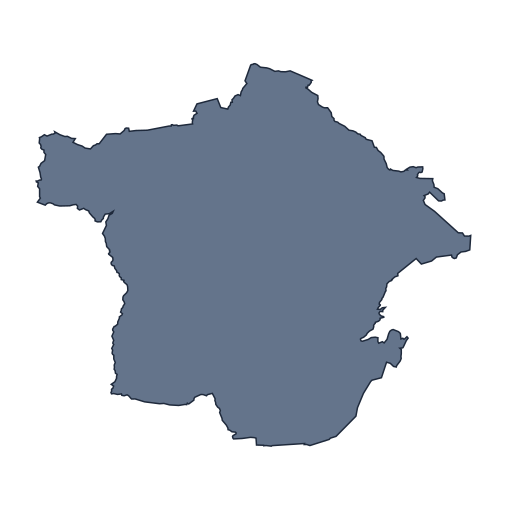 the district of Canesti, Buzau, Romania, rotated 357°
{"feature_id": "2599482B44623248761777", "entity_name": "Canesti", "entity_type": "district", "adm_level": 2, "iso_a3": "ROU", "parent_name": "Romania", "parent_adm1": "Buzau", "projection": "natural_earth1", "projection_center": [26.605, 45.397], "detail": "fine", "context": "isolated", "style": "filled", "palette": "slate", "viewbox_px": 512, "rotation_deg": 357, "n_neighbors": 0, "source": "geoboundaries", "source_scale": "gbopen_adm2", "svg_char_len": 6054}
<svg xmlns="http://www.w3.org/2000/svg" viewBox="0 0 512 512"><g transform="rotate(357 256 256)"><path d="M321.2,83.5L299.8,72.9L295.0,73.6L290.4,73.2L288.1,72.3L284.5,72.6L279.5,69.7L276.6,68.7L270.3,67.7L267.0,64.8L265.1,63.9L263.9,63.9L263.1,64.5L262.2,64.4L260.7,65.0L254.2,80.5L255.9,83.3L251.6,87.9L251.0,89.5L249.8,91.2L248.8,95.0L246.5,93.9L243.4,95.1L241.7,97.4L240.2,98.7L240.4,101.2L238.9,101.2L238.1,104.0L236.3,105.8L235.5,107.8L228.6,105.9L225.5,96.8L205.0,101.0L201.2,108.1L203.4,108.1L204.6,110.4L201.5,112.2L200.9,113.4L200.7,115.5L199.7,115.2L199.2,115.7L199.9,117.0L199.4,119.1L199.6,120.8L185.4,121.9L184.4,121.7L183.9,121.1L180.5,121.2L179.4,120.5L178.4,120.5L178.2,121.7L175.7,121.7L154.0,124.7L142.7,124.4L136.0,124.9L135.5,121.7L133.1,121.4L131.9,121.9L131.0,123.7L126.7,127.0L122.1,126.4L113.1,126.6L105.3,135.7L103.1,135.6L101.6,136.7L99.4,137.3L96.3,140.4L91.0,139.3L88.1,137.1L83.6,135.4L79.2,132.9L81.7,129.3L78.0,128.9L73.9,126.6L71.4,126.7L66.5,124.6L61.5,121.4L61.9,122.7L59.9,123.7L58.5,123.6L53.6,125.3L51.0,123.8L48.0,125.7L45.9,126.4L46.1,127.4L45.4,131.8L46.7,133.4L47.1,135.2L46.7,136.8L47.8,138.2L49.8,139.1L49.7,141.5L51.3,143.6L49.9,149.7L46.2,152.2L44.6,155.1L43.3,155.9L44.7,161.5L45.1,165.8L45.8,167.9L45.2,169.0L44.0,168.8L41.2,169.9L40.5,169.6L40.5,170.4L42.4,171.6L41.6,175.1L43.4,177.5L43.0,185.5L43.7,186.9L40.5,190.8L48.2,194.2L49.7,192.8L51.6,192.1L53.3,192.1L56.2,193.3L57.4,194.4L62.6,195.8L72.7,196.1L76.0,195.3L79.1,195.1L80.5,196.8L80.1,199.1L82.1,200.8L86.5,199.4L88.2,200.8L91.3,202.2L91.8,204.1L95.1,208.4L96.8,210.0L97.3,211.2L97.1,212.5L99.3,213.6L102.8,213.7L104.0,211.8L105.5,210.6L105.7,209.1L107.6,206.3L111.8,206.0L115.8,203.8L114.7,205.9L111.4,207.6L110.0,211.1L107.8,214.1L108.2,217.7L103.9,225.5L105.6,228.1L106.4,230.6L106.4,233.8L107.1,235.4L107.4,238.8L110.1,242.1L109.9,243.2L110.3,243.4L110.3,244.5L108.9,246.0L109.0,246.5L112.8,249.9L113.0,251.9L112.7,253.2L111.1,254.7L110.9,255.6L111.2,256.9L112.1,257.9L113.9,258.5L114.4,261.0L116.0,263.3L116.3,265.1L117.4,265.4L118.6,266.6L118.4,268.5L118.8,269.5L120.2,270.6L120.2,272.5L122.9,273.4L122.5,274.4L123.0,275.4L125.7,277.9L126.2,279.9L126.2,283.8L124.8,286.0L121.7,288.7L121.0,290.1L120.7,292.8L121.9,294.7L122.4,296.8L120.7,299.0L120.3,300.4L118.8,301.8L118.5,303.7L118.0,304.4L117.8,305.0L119.6,306.6L119.1,307.8L116.3,309.7L116.4,310.8L114.5,314.6L114.3,316.8L111.8,318.7L110.6,319.0L109.0,321.6L109.1,322.9L109.9,324.0L109.9,324.6L107.9,328.5L109.5,332.8L108.6,334.8L108.5,335.8L109.3,336.9L107.1,340.7L107.9,342.5L107.2,345.5L107.7,346.7L108.8,347.7L108.6,351.4L109.9,355.0L108.7,357.5L108.8,359.7L108.4,361.7L109.3,363.0L109.5,365.7L111.1,366.9L110.3,369.6L110.5,370.5L108.5,374.2L104.7,376.6L107.0,378.4L106.1,380.6L105.0,381.3L104.7,381.9L104.8,383.4L104.0,384.7L104.5,386.1L106.7,385.9L110.5,387.0L114.4,386.7L114.7,388.1L117.0,388.7L120.0,387.9L121.5,388.9L124.2,392.3L127.8,392.4L137.1,395.8L152.0,398.5L156.3,398.4L162.0,400.2L171.0,401.2L177.4,400.5L179.0,400.8L179.7,399.4L180.8,400.2L181.3,400.1L186.4,396.7L186.6,395.2L187.4,393.9L193.7,391.4L195.9,391.6L199.3,393.0L200.2,391.9L205.2,390.9L207.7,396.4L207.4,398.2L208.0,400.1L208.1,402.1L209.8,404.9L211.5,406.3L212.3,408.5L211.5,410.4L213.6,416.5L213.7,418.3L217.5,423.3L218.9,426.2L219.0,428.0L220.6,428.5L222.8,430.3L226.2,430.8L226.8,431.4L226.8,432.5L223.6,434.2L223.1,435.0L223.4,436.6L224.0,437.5L232.7,437.5L241.1,436.8L244.8,437.3L246.5,437.9L246.6,444.8L253.8,445.4L253.8,445.9L256.2,445.8L261.4,446.7L262.2,446.2L294.7,445.8L294.3,446.8L296.8,446.9L299.9,448.1L319.5,443.0L320.7,441.8L326.5,440.3L347.4,421.2L349.4,412.8L356.1,398.8L363.9,387.4L365.3,386.1L374.9,384.1L380.8,368.9L384.5,370.2L387.6,373.5L390.3,374.2L390.7,372.9L394.5,368.4L395.6,366.0L395.5,363.8L396.0,361.1L396.2,357.0L394.8,355.6L397.7,355.4L398.3,354.7L401.7,348.3L403.6,346.0L402.5,344.5L400.0,346.6L399.2,346.7L398.3,345.8L396.4,346.4L396.1,341.1L395.5,340.1L394.1,338.9L389.1,336.6L387.5,337.0L385.7,338.2L384.4,340.6L382.5,346.1L379.4,349.5L377.7,348.2L374.0,349.5L373.2,347.7L373.5,344.0L370.8,343.3L366.8,343.5L363.7,345.2L357.8,346.7L356.5,346.3L356.0,345.0L356.0,344.3L356.7,343.7L359.2,342.8L362.1,340.6L362.9,339.1L365.4,336.9L369.0,335.2L369.9,332.8L369.8,331.7L370.4,330.5L371.5,329.5L371.7,328.5L374.7,327.6L376.1,326.7L376.6,325.8L376.6,324.7L380.4,323.9L380.3,323.2L378.0,322.5L376.7,321.3L375.9,320.1L375.9,319.2L377.0,317.8L379.6,318.2L379.8,316.7L382.5,314.1L379.4,314.3L377.3,315.8L374.5,315.5L375.5,313.7L377.5,311.8L377.6,311.3L376.5,310.5L376.9,308.8L379.4,306.1L379.5,305.0L380.7,303.8L383.4,298.1L384.0,297.6L383.9,295.2L384.8,293.7L385.3,290.6L387.7,288.4L390.1,287.6L390.8,286.7L390.5,286.5L393.6,284.1L396.7,283.2L396.6,280.8L415.8,266.9L420.7,272.7L431.1,270.2L436.1,266.5L451.3,265.3L451.6,267.2L452.5,268.1L453.9,268.9L455.9,268.4L457.2,265.3L461.0,262.7L465.5,262.4L469.8,261.1L471.5,246.7L469.7,247.3L465.2,247.0L463.4,243.8L459.2,243.4L436.6,220.7L427.5,213.4L426.0,209.2L427.8,206.9L427.9,205.5L427.0,204.5L431.3,203.0L432.7,201.3L441.2,210.5L444.1,210.8L445.7,210.0L447.6,209.9L447.2,203.7L445.4,202.7L441.1,198.3L437.5,196.7L437.4,194.0L436.1,190.2L436.6,188.0L423.7,187.1L420.4,186.0L421.3,185.1L421.7,184.2L421.4,183.4L422.7,181.5L423.5,180.9L425.0,181.3L426.3,180.8L427.2,177.6L427.1,175.7L422.3,175.6L420.5,176.2L417.7,175.0L414.4,175.3L410.9,177.2L411.6,178.0L409.6,178.0L408.1,179.2L405.1,179.6L403.0,178.7L397.1,177.7L394.8,176.2L394.2,177.1L392.9,176.3L391.6,174.5L390.9,170.6L388.9,165.9L389.0,163.4L388.7,162.7L386.0,159.2L383.4,157.0L381.9,153.9L379.9,153.6L377.9,147.0L372.7,145.4L371.6,144.6L371.4,143.6L367.0,141.0L366.5,139.9L364.0,139.3L362.2,137.5L359.4,136.1L355.4,135.2L351.4,131.1L345.8,127.9L344.6,126.6L341.9,125.8L341.0,124.6L341.1,122.9L339.0,120.7L338.6,116.8L335.3,111.7L332.2,111.6L330.3,110.9L326.3,108.0L325.4,105.2L326.2,102.1L326.1,99.0L320.2,95.5L316.8,92.2L314.6,90.7L314.8,90.0L316.3,90.2L317.0,88.1L318.1,88.2L320.2,85.6L320.2,84.1L321.2,83.5Z" fill="#64748b" stroke="#1e293b" stroke-width="1.5"/></g></svg>